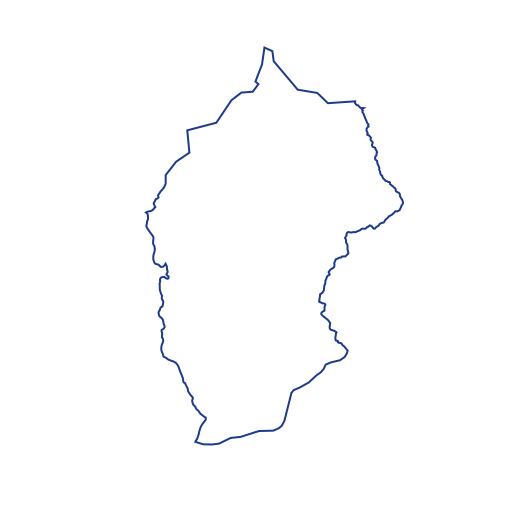 outline of Sisian, Syunik, Armenia, rotated 219°
{"feature_id": "60910142B33195245753630", "entity_name": "Sisian", "entity_type": "district", "adm_level": 2, "iso_a3": "ARM", "parent_name": "Armenia", "parent_adm1": "Syunik", "projection": "natural_earth1", "projection_center": [45.922, 39.579], "detail": "fine", "context": "isolated", "style": "outline", "palette": "blue", "viewbox_px": 512, "rotation_deg": 219, "n_neighbors": 0, "source": "geoboundaries", "source_scale": "gbopen_adm2", "svg_char_len": 6144}
<svg xmlns="http://www.w3.org/2000/svg" viewBox="0 0 512 512"><g transform="rotate(219 256 256)"><path d="M380.6,423.3L371.9,408.7L366.2,391.2L362.3,391.1L361.9,381.6L370.2,373.8L373.1,361.6L370.7,334.6L388.5,310.4L372.8,294.4L377.4,279.1L377.1,262.1L371.7,255.3L371.4,254.4L371.1,253.3L370.9,252.1L370.6,251.4L370.6,250.4L370.6,248.0L370.8,246.2L370.6,244.7L370.5,243.1L370.4,242.1L370.3,241.4L368.8,240.4L368.5,239.8L369.1,237.9L369.6,237.2L369.5,236.4L369.1,235.1L368.9,233.7L368.7,232.6L367.9,232.0L365.6,230.9L364.9,230.4L365.3,229.7L365.1,228.8L365.3,226.4L365.8,225.2L366.5,224.2L367.6,222.9L368.3,221.8L368.9,220.7L368.2,220.7L366.6,220.3L365.8,219.7L364.7,218.6L363.6,217.3L363.0,216.5L362.3,214.0L361.2,212.5L360.5,211.1L360.1,210.2L358.7,209.4L355.3,208.3L348.8,206.6L347.6,206.1L346.6,204.9L345.6,203.3L344.0,201.1L343.1,200.5L341.4,199.8L339.0,197.8L338.2,196.5L337.2,194.7L336.8,193.4L336.0,191.7L334.9,190.2L333.5,188.6L331.6,187.3L330.1,186.7L329.1,186.7L327.8,187.2L327.0,187.7L325.6,187.9L324.5,187.6L323.9,187.8L323.2,187.6L322.4,188.1L321.7,189.0L321.3,189.9L321.2,191.2L321.4,193.1L319.7,192.3L319.0,191.9L318.3,191.4L317.6,190.5L315.9,188.9L315.2,188.7L314.8,188.2L314.3,187.2L314.0,185.4L313.4,185.0L312.6,185.0L311.8,185.1L311.2,185.1L310.5,184.5L310.0,183.5L310.7,182.4L312.4,182.0L314.3,182.0L315.2,181.0L316.0,180.0L316.2,179.1L316.1,178.2L315.9,177.4L315.5,176.9L314.6,176.2L314.2,175.3L313.7,174.2L312.8,173.1L309.4,169.1L308.4,168.5L307.3,167.7L305.8,166.8L304.8,166.3L303.8,165.9L303.2,164.5L302.7,164.0L301.5,163.0L300.1,162.7L299.2,162.0L298.0,160.1L297.6,159.1L297.0,158.0L297.2,157.3L297.3,156.8L297.7,156.2L297.7,155.7L297.4,155.0L297.1,154.4L297.0,153.6L296.6,153.1L296.6,152.1L296.3,150.8L295.5,150.1L294.9,149.6L293.6,148.7L292.9,148.4L290.5,148.4L288.8,148.0L287.8,147.6L285.7,145.7L284.7,145.0L283.7,144.5L282.8,143.9L282.2,142.8L282.0,141.5L282.3,140.4L282.7,139.4L282.6,138.7L281.6,137.8L280.3,136.9L277.9,133.6L277.0,133.4L275.7,132.7L275.1,132.1L274.3,130.9L273.7,129.1L273.1,127.1L271.4,124.4L270.2,123.2L268.7,122.2L266.7,121.2L264.7,119.7L263.9,119.7L261.6,120.3L259.1,120.3L257.6,120.7L255.5,121.4L253.9,122.1L251.1,122.5L249.3,122.2L247.1,121.5L242.2,118.5L240.0,117.4L238.0,116.2L235.9,115.0L234.9,114.0L232.8,112.2L230.9,112.6L230.1,112.0L228.0,111.0L226.0,110.2L223.6,108.1L221.1,107.3L218.4,106.6L216.9,106.4L216.1,106.2L215.3,105.3L215.0,104.2L214.5,103.3L213.6,102.5L212.2,101.5L211.2,101.0L208.4,100.7L207.2,100.0L205.8,99.4L203.6,99.5L201.0,98.7L199.6,98.4L197.3,98.5L195.2,98.5L193.4,98.8L192.6,98.0L192.0,96.9L192.0,95.5L191.9,91.3L191.3,88.1L189.9,84.4L188.4,81.5L187.2,78.3L186.6,76.5L186.5,74.5L186.2,73.4L178.6,76.4L171.6,81.8L166.6,87.0L161.2,98.7L154.2,105.6L143.6,121.8L132.7,131.1L130.0,136.2L129.1,140.1L130.2,145.8L142.3,171.9L142.3,175.5L139.2,181.4L135.4,190.9L134.0,200.7L132.4,206.8L132.4,211.2L133.5,215.4L131.0,220.2L125.1,227.9L123.5,233.4L124.1,237.6L125.3,240.2L126.2,240.3L130.3,241.2L132.6,241.2L133.5,241.4L134.5,241.9L135.3,241.7L136.8,240.8L138.0,240.5L138.6,241.4L139.4,241.3L140.2,240.7L141.1,240.7L142.6,242.0L143.3,243.0L143.9,244.3L145.1,246.1L145.3,247.3L146.0,247.4L146.9,247.2L148.3,247.1L150.0,246.3L151.2,245.9L152.3,245.8L153.6,246.5L154.4,247.7L155.3,249.1L156.2,250.6L158.9,251.4L161.0,251.6L162.4,251.5L164.3,251.6L166.6,251.5L168.2,251.7L169.1,252.3L169.4,253.4L169.2,254.7L168.8,255.7L168.4,256.3L168.7,257.1L170.7,259.5L171.0,260.4L171.3,261.5L171.5,261.9L172.1,262.1L173.0,262.0L173.8,261.6L174.4,261.1L175.6,260.8L176.8,260.7L177.3,260.3L178.3,260.3L179.1,261.8L179.7,262.6L180.4,264.0L181.3,265.5L182.1,266.7L181.8,267.3L181.6,268.4L181.3,269.5L181.5,271.0L181.8,272.3L184.3,276.1L184.8,278.0L186.5,280.6L186.9,282.1L187.7,284.3L187.8,285.3L187.7,286.3L187.0,287.4L187.2,288.1L187.9,288.5L188.6,288.6L189.5,289.3L189.5,290.6L189.6,291.7L189.3,293.2L188.7,294.8L188.3,296.3L188.5,297.0L189.1,298.0L190.1,299.1L191.0,300.3L191.3,302.0L191.8,302.9L191.8,303.8L191.4,304.5L190.9,305.3L190.5,306.4L189.8,307.6L188.8,308.5L188.8,309.7L188.2,310.4L187.4,310.9L186.3,312.0L185.9,315.3L186.0,316.4L189.0,318.7L189.7,319.5L190.3,320.3L191.3,321.5L192.6,322.6L194.2,323.0L194.7,323.4L195.5,324.4L196.1,325.1L196.9,325.6L197.9,325.8L198.3,326.5L198.5,327.9L198.5,329.0L199.3,329.8L199.8,330.9L199.6,332.1L199.4,332.7L198.7,333.1L197.4,333.7L196.4,334.5L195.3,336.0L194.1,336.7L193.5,337.4L192.9,338.8L192.0,340.3L191.4,341.5L191.1,343.1L190.6,344.2L189.0,345.3L188.2,346.1L187.8,347.2L187.9,348.5L187.1,349.5L186.9,351.3L185.9,351.8L184.6,351.9L183.3,351.6L182.2,351.4L181.4,351.5L180.8,352.2L180.9,353.1L180.7,354.3L180.3,355.4L179.8,356.7L180.0,358.1L179.9,359.3L179.4,360.3L178.5,361.6L177.8,362.4L177.9,363.7L178.2,365.3L177.7,368.5L177.6,370.6L177.2,371.5L176.4,373.5L176.1,375.2L175.9,377.3L175.9,378.5L174.3,379.6L173.7,380.7L173.3,382.4L173.7,383.6L174.0,385.0L174.6,386.7L174.7,388.7L175.3,389.9L176.3,390.8L177.4,391.5L181.2,392.8L183.7,394.9L184.6,395.0L187.3,394.4L188.3,394.6L189.2,395.5L189.8,395.9L190.7,396.1L191.8,396.1L193.5,396.3L196.3,396.2L197.2,396.3L197.8,397.0L198.3,397.5L198.9,397.4L199.7,396.8L201.5,396.5L202.7,395.9L203.7,396.2L204.8,396.2L206.3,396.5L207.7,397.1L208.5,397.8L209.4,397.7L210.4,397.8L211.3,398.4L212.6,399.5L214.9,400.9L215.4,401.9L216.2,402.4L217.8,403.3L219.1,403.8L220.5,404.9L221.7,406.1L224.0,406.1L225.2,407.1L225.8,408.5L225.8,410.2L227.1,411.9L227.2,412.9L229.2,413.9L230.3,414.2L230.8,414.7L231.5,415.1L234.0,414.3L235.3,414.8L236.0,415.7L236.2,416.7L236.8,417.7L237.3,418.0L238.8,418.2L239.7,418.2L240.4,418.8L240.9,419.8L241.4,420.4L242.9,420.6L243.6,420.8L244.5,420.7L245.2,420.3L245.9,420.3L246.3,421.0L246.5,421.8L248.9,422.9L250.1,424.4L250.3,425.7L250.0,427.4L250.9,427.8L250.9,428.5L251.8,429.2L252.6,429.2L253.6,429.5L255.6,430.7L257.9,431.8L261.2,433.8L262.5,434.4L263.4,434.6L264.1,435.0L264.5,436.3L265.2,436.3L266.0,436.7L266.0,437.3L265.5,438.6L266.1,438.2L267.3,437.0L268.0,436.9L271.7,437.3L272.6,436.7L273.6,436.7L275.0,437.1L275.7,437.6L276.3,438.6L296.3,420.0L311.0,421.3L328.2,411.5L364.8,418.5L372.2,425.5L380.6,423.3Z" fill="none" stroke="#1e3a8a" stroke-width="2"/></g></svg>